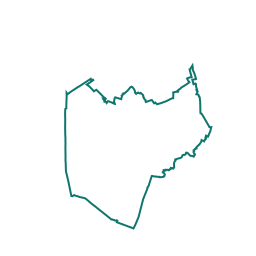 My Tu, Sóc Trăng, Vietnam, rotated 305°
{"feature_id": "81297802B88406709239333", "entity_name": "My Tu", "entity_type": "district", "adm_level": 2, "iso_a3": "VNM", "parent_name": "Vietnam", "parent_adm1": "Sóc Trăng", "projection": "robinson", "projection_center": [105.834, 9.623], "detail": "fine", "context": "isolated", "style": "outline", "palette": "teal", "viewbox_px": 256, "rotation_deg": 305, "n_neighbors": 0, "source": "geoboundaries", "source_scale": "gbopen_adm2", "svg_char_len": 5741}
<svg xmlns="http://www.w3.org/2000/svg" viewBox="0 0 256 256"><g transform="rotate(305 128 128)"><path d="M121.6,57.5L118.7,59.6L116.6,61.0L114.2,62.5L110.1,65.2L108.8,66.2L107.6,65.7L103.9,68.1L101.1,70.1L100.1,70.9L90.5,77.5L89.4,78.4L87.1,80.0L84.3,82.2L81.3,84.3L80.0,85.3L76.0,88.0L69.2,92.9L66.3,94.9L65.3,95.6L64.7,96.1L63.5,97.1L59.6,100.0L57.2,101.8L56.7,102.3L50.4,109.4L39.8,120.6L40.1,121.5L40.4,121.6L42.2,122.4L42.2,123.0L42.5,124.0L43.5,126.8L43.5,127.5L45.8,132.9L45.7,135.8L45.1,141.5L44.9,147.1L44.7,148.8L44.5,152.7L44.3,156.2L44.1,158.5L44.1,159.9L43.9,161.8L43.8,163.8L43.5,166.8L43.9,167.2L44.1,167.5L44.2,167.8L44.3,168.7L44.4,169.0L44.7,169.4L44.6,169.8L44.7,170.2L44.9,170.7L45.3,171.2L45.7,171.6L46.0,171.8L46.0,172.4L44.4,172.9L48.9,190.1L53.0,189.5L61.2,187.7L78.5,181.2L87.6,179.1L89.6,178.6L89.9,178.3L90.2,178.1L90.5,178.0L91.6,178.2L92.3,178.1L94.5,177.4L102.3,175.0L102.5,175.1L103.7,178.0L104.0,178.5L104.3,178.6L104.6,179.5L105.0,180.3L105.3,180.8L105.8,181.2L105.9,181.5L105.8,182.0L105.9,182.3L106.0,182.4L106.6,183.1L106.9,183.6L107.7,184.3L108.0,184.8L108.9,185.0L109.0,185.1L109.2,185.4L109.6,185.1L110.0,185.1L110.3,185.0L110.8,185.0L110.9,184.9L111.1,184.7L111.3,184.4L111.6,183.6L111.7,183.3L111.6,182.6L111.6,182.2L111.7,181.8L111.9,181.8L112.0,181.9L112.1,182.1L112.3,182.1L113.1,182.1L113.4,181.9L113.5,181.7L113.7,181.4L113.9,181.3L114.0,181.4L114.1,181.8L114.2,182.4L114.3,182.8L114.5,183.0L114.6,182.9L114.7,182.5L114.8,182.4L115.0,182.4L115.2,182.5L115.4,182.8L115.8,183.5L116.4,184.2L116.6,185.0L116.6,185.4L116.7,185.6L116.9,185.8L117.2,185.9L117.8,185.7L118.0,185.8L118.4,186.0L118.7,186.4L119.0,186.5L119.3,186.5L119.6,186.3L119.9,186.0L120.0,186.0L120.1,186.4L120.1,187.2L120.2,187.5L120.5,187.8L120.6,188.1L121.1,187.9L121.4,188.3L122.0,188.5L122.2,188.3L122.4,188.2L122.7,188.1L123.3,187.6L124.1,186.8L124.3,186.7L124.8,186.6L125.4,186.0L125.7,185.8L126.9,185.5L127.4,185.5L127.9,185.3L128.2,185.4L128.6,185.6L128.8,185.6L129.1,185.4L129.4,184.8L129.9,185.2L130.6,185.7L131.4,186.3L133.1,187.8L133.6,188.2L134.2,188.5L135.0,188.7L135.3,188.7L136.4,188.4L136.8,188.3L137.1,188.4L137.3,188.4L137.7,188.7L138.6,189.9L138.9,190.1L139.1,190.2L139.4,190.2L139.8,190.2L140.2,190.0L140.7,189.8L141.0,189.8L141.5,190.1L141.6,190.4L141.7,191.1L141.7,191.5L141.6,191.9L141.1,194.3L141.0,194.9L141.1,195.2L141.2,195.4L141.7,196.2L141.9,196.6L142.1,197.4L142.2,198.2L144.0,198.0L144.2,197.8L144.4,197.9L144.6,198.1L144.9,197.8L145.1,197.2L145.2,196.7L145.3,196.3L145.3,196.1L145.3,195.8L145.2,195.6L145.6,195.9L145.8,195.6L145.9,195.4L146.7,195.1L146.9,195.1L147.0,195.2L147.2,194.9L147.4,195.0L147.6,194.7L147.7,194.8L147.9,194.8L148.1,194.9L148.4,194.8L148.9,195.0L149.2,194.9L149.6,195.2L150.0,195.3L150.3,195.7L150.7,195.3L150.8,195.4L151.1,195.6L151.6,195.2L152.2,195.2L153.1,195.3L153.9,195.6L154.7,195.6L154.9,195.7L155.1,195.9L155.4,196.0L155.7,196.0L156.2,195.9L157.6,195.9L158.2,195.9L159.5,195.6L160.3,195.2L160.5,196.3L160.7,198.0L162.5,197.6L162.8,197.9L163.7,197.7L163.9,198.0L165.0,197.6L164.8,196.9L166.5,196.3L166.9,198.5L169.3,197.9L172.4,197.3L176.5,195.7L175.8,194.8L175.4,194.2L175.7,193.6L176.3,192.5L176.7,191.5L177.2,190.5L177.7,189.4L178.3,188.1L180.1,184.3L181.6,180.9L181.8,180.4L181.9,179.8L181.6,179.0L182.9,177.9L185.7,175.9L190.7,172.2L190.9,172.1L191.5,171.6L191.7,171.4L191.8,171.2L192.0,171.0L192.7,170.4L193.5,169.9L193.7,169.7L194.5,168.7L194.4,168.2L194.7,167.8L195.2,167.4L195.4,167.1L195.4,166.4L195.6,166.1L195.6,165.9L195.5,165.7L195.2,165.3L194.9,164.7L196.1,164.5L197.2,164.2L197.9,164.1L198.3,163.0L198.3,162.9L198.1,162.8L198.4,162.2L199.1,162.5L199.4,162.2L199.7,161.6L200.1,161.1L200.8,160.2L201.6,159.5L203.0,158.5L203.1,157.7L202.9,157.5L202.3,157.0L201.6,156.8L201.4,156.6L204.5,152.9L205.4,154.0L206.4,155.0L207.2,155.6L207.9,154.7L209.1,153.3L210.9,150.8L211.5,150.0L212.5,148.0L212.8,147.7L213.1,147.4L213.6,147.3L214.0,147.0L216.2,144.9L211.3,145.2L211.2,145.0L209.8,146.6L206.2,150.9L204.3,149.1L202.5,148.0L202.2,148.4L201.4,149.9L200.7,151.9L200.7,152.0L199.2,151.6L195.6,150.2L194.3,149.6L191.5,148.4L190.8,148.4L190.4,148.4L189.8,148.1L188.7,147.7L188.1,147.4L187.9,147.4L187.7,147.5L187.4,147.8L186.8,148.1L186.5,148.2L186.2,148.1L186.2,147.3L185.9,147.4L185.4,146.7L183.0,144.6L182.6,144.9L182.2,145.4L179.7,147.0L178.3,147.9L177.3,146.9L176.9,146.6L172.1,144.1L166.7,140.3L165.8,139.5L164.1,138.2L164.4,136.4L164.5,135.7L163.2,135.2L164.6,131.4L159.5,127.7L159.7,127.3L161.0,126.3L161.1,126.0L161.0,125.5L161.0,125.0L161.1,124.7L161.4,124.3L161.5,124.1L161.8,123.9L161.9,123.2L162.0,123.1L162.2,122.8L162.4,122.5L162.9,122.0L163.1,122.1L163.5,121.5L163.7,120.9L163.9,119.6L164.0,118.3L163.4,118.2L163.2,118.1L163.0,117.4L162.9,116.7L162.5,116.3L162.7,115.8L161.0,115.0L160.6,115.0L160.7,114.5L160.8,114.1L161.1,113.4L161.3,113.2L162.0,112.7L163.0,111.2L163.6,109.6L163.9,108.8L164.0,108.1L163.9,107.3L163.5,107.2L162.9,106.6L161.4,106.5L158.1,106.2L155.0,105.4L154.8,105.3L154.4,105.0L153.6,104.4L153.5,105.0L151.3,104.3L151.3,104.6L150.3,104.9L149.1,105.3L147.7,105.9L145.8,100.0L145.5,100.1L144.6,100.0L144.2,100.2L141.5,101.5L141.3,101.5L141.1,101.8L140.9,102.5L140.7,102.8L140.2,103.4L140.1,103.2L139.9,102.5L139.6,100.3L139.2,98.6L138.8,97.1L138.7,96.6L138.4,96.1L137.7,96.1L136.2,96.2L136.4,95.6L136.7,95.2L136.7,94.7L136.8,94.1L136.7,94.0L136.5,93.8L136.1,93.6L136.7,92.9L137.5,91.3L137.6,91.8L138.3,93.1L139.2,93.0L139.3,91.7L139.3,90.3L140.2,85.8L140.4,84.4L141.1,80.7L141.1,80.1L138.5,79.0L139.2,76.0L139.9,72.2L139.9,69.3L142.2,70.2L142.9,70.5L147.0,72.0L147.3,72.1L147.5,71.8L147.5,71.6L146.2,69.8L146.8,69.2L134.4,64.3L132.3,63.3L125.0,60.4L121.0,59.1L121.6,57.5Z" fill="none" stroke="#0f766e" stroke-width="2"/></g></svg>